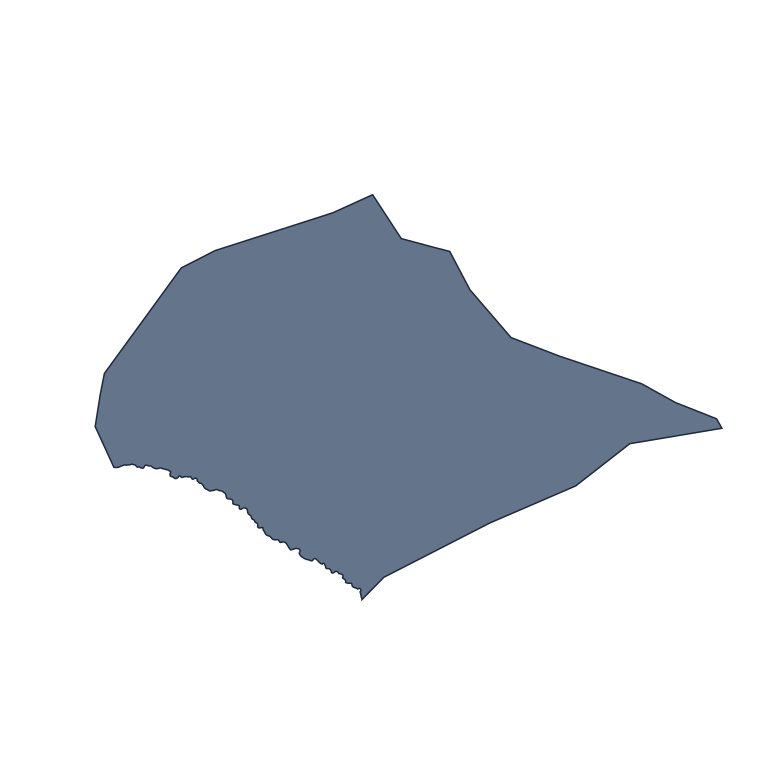 Bayanjargalan, Töv, Mongolia, rotated 152°
{"feature_id": "93677404B91267927861385", "entity_name": "Bayanjargalan", "entity_type": "district", "adm_level": 2, "iso_a3": "MNG", "parent_name": "Mongolia", "parent_adm1": "Töv", "projection": "equal_earth", "projection_center": [108.634, 47.077], "detail": "fine", "context": "isolated", "style": "filled", "palette": "slate", "viewbox_px": 768, "rotation_deg": 152, "n_neighbors": 0, "source": "geoboundaries", "source_scale": "gbopen_adm2", "svg_char_len": 4179}
<svg xmlns="http://www.w3.org/2000/svg" viewBox="0 0 768 768"><g transform="rotate(152 384 384)"><path d="M106.4,186.3L106.7,197.1L135.3,230.7L135.4,230.8L156.3,263.1L215.9,326.1L250.0,365.3L263.9,426.8L263.7,470.2L276.0,481.4L300.5,504.3L305.2,556.5L348.8,559.2L470.5,581.1L508.5,581.7L625.9,524.6L639.6,507.8L659.0,482.0L661.6,437.2L658.8,435.5L657.3,435.1L655.4,435.0L653.1,434.7L651.5,434.5L651.0,434.4L650.4,433.9L649.6,433.2L647.9,432.7L646.4,432.0L645.2,431.8L644.6,431.7L644.2,431.6L642.8,430.2L641.9,429.5L641.5,428.8L641.4,428.1L641.1,426.9L640.8,426.4L640.3,426.1L639.7,426.0L639.1,425.8L638.6,425.3L638.2,424.3L636.7,423.0L636.2,422.8L635.8,422.9L635.3,423.1L634.4,423.5L633.5,424.2L632.7,424.2L631.9,423.9L630.8,422.8L629.9,421.9L629.1,421.6L628.3,420.9L627.7,419.9L627.2,418.7L626.2,417.3L625.1,416.3L623.8,415.6L621.8,415.2L620.6,414.7L620.0,414.1L619.4,413.3L618.7,412.7L617.9,412.1L617.0,411.1L615.7,410.1L615.0,409.4L614.6,408.5L613.9,407.5L613.5,406.8L613.5,406.5L613.6,406.3L613.8,406.1L614.8,405.5L615.4,404.8L615.7,403.8L615.9,403.2L615.5,402.4L615.0,401.8L614.2,401.3L613.9,400.8L613.0,398.7L612.0,398.1L610.5,398.0L609.1,398.5L608.4,398.8L607.5,398.8L607.1,398.3L606.7,396.7L606.5,396.4L605.7,396.1L604.8,396.1L602.7,395.4L601.7,394.9L600.6,393.9L599.9,393.6L598.8,393.3L598.5,393.0L598.3,392.7L598.0,390.4L597.8,389.9L597.5,389.6L597.1,389.5L595.6,389.6L594.5,389.2L593.9,388.6L593.7,387.9L594.0,387.1L594.3,386.3L594.3,385.6L594.0,385.1L593.8,384.4L593.6,383.3L593.2,382.8L592.3,382.3L591.9,381.7L591.7,381.1L591.5,380.0L591.2,379.2L591.3,377.7L591.2,376.5L590.8,375.3L590.3,374.6L589.3,373.5L589.0,372.5L588.0,371.4L586.1,370.6L584.0,370.0L582.1,369.7L581.0,369.2L579.3,367.1L577.8,366.0L577.2,365.3L576.3,363.4L575.7,362.4L575.6,361.0L575.8,359.8L576.2,358.6L576.4,357.1L576.1,356.3L575.4,355.6L574.2,355.0L573.1,354.1L572.6,353.5L572.4,352.8L572.4,351.8L572.9,350.6L573.5,349.6L573.6,349.1L573.3,348.7L572.5,347.8L571.0,346.5L569.7,345.5L569.2,344.8L569.1,344.3L569.4,343.5L570.1,342.3L570.1,341.5L569.7,340.9L569.0,340.5L568.1,340.5L566.8,340.6L566.0,340.5L564.8,339.8L564.0,338.7L563.6,337.7L563.8,336.7L564.2,335.7L564.6,334.9L564.7,333.9L564.7,332.9L564.4,332.1L563.7,330.9L563.3,330.1L563.4,329.5L563.7,328.3L563.8,327.0L563.5,326.1L562.9,325.5L562.5,324.7L562.4,324.1L562.7,323.2L562.6,322.4L561.9,321.3L561.4,320.3L561.3,319.6L561.7,318.7L562.7,317.2L562.4,316.1L561.6,315.4L560.1,314.8L559.1,314.6L558.6,314.4L558.4,314.0L558.8,313.0L559.2,311.9L559.1,310.9L558.9,309.8L559.0,308.6L559.0,306.9L558.6,305.8L557.8,304.7L556.7,303.6L556.1,302.7L555.7,301.4L555.4,299.9L554.9,298.8L554.0,298.0L552.4,297.1L551.1,296.5L550.5,296.2L550.4,295.6L550.3,294.2L550.1,293.0L549.4,292.5L548.1,292.1L547.3,291.9L546.6,291.5L545.8,290.6L545.3,289.7L545.0,287.8L544.9,286.0L544.8,283.9L544.5,282.1L544.3,281.4L543.7,281.1L542.9,280.9L541.7,280.8L540.1,280.5L538.4,279.9L536.7,278.5L536.3,277.8L536.2,276.7L536.6,275.8L537.9,274.8L538.4,274.0L538.5,272.9L538.3,271.5L537.8,270.1L536.2,267.3L534.7,265.4L533.3,264.3L531.9,262.8L531.4,262.2L530.9,261.8L530.4,261.7L529.4,261.9L528.6,262.4L527.9,262.6L527.1,262.3L526.4,261.8L525.6,259.8L524.9,257.0L524.2,255.3L523.6,254.4L523.2,254.0L522.6,254.1L522.0,254.4L521.6,254.2L521.2,253.7L521.0,253.1L521.3,250.5L521.7,248.8L521.5,248.2L520.4,247.4L519.3,246.7L518.7,246.2L518.5,245.2L518.5,244.0L518.7,243.0L518.9,242.2L518.7,241.7L518.2,241.3L517.6,241.0L516.6,241.0L515.3,241.3L514.3,241.1L513.4,240.5L513.1,239.7L513.0,238.6L512.8,237.7L512.0,237.1L510.7,235.9L510.2,234.8L510.2,234.0L510.7,233.2L511.5,232.7L511.6,232.0L511.2,231.2L510.6,230.2L510.3,229.2L510.3,228.1L510.6,227.4L511.0,227.0L511.0,226.7L510.4,226.0L509.5,225.2L508.7,224.6L507.6,224.0L506.7,223.7L506.3,223.3L506.2,222.8L506.5,222.0L506.8,221.1L506.8,220.3L506.6,219.3L506.0,218.5L504.5,217.0L503.9,216.2L503.6,215.4L503.3,215.2L502.7,215.3L502.0,215.3L501.4,215.0L501.1,214.3L501.1,213.6L501.2,212.8L501.5,212.2L502.1,212.1L502.5,211.8L502.7,211.6L503.0,210.7L503.0,209.8L503.7,207.9L504.1,206.2L504.1,205.3L504.7,204.0L474.9,213.4L355.9,211.6L262.5,204.0L195.0,215.9L106.4,186.3Z" fill="#64748b" stroke="#1e293b" stroke-width="1.5"/></g></svg>